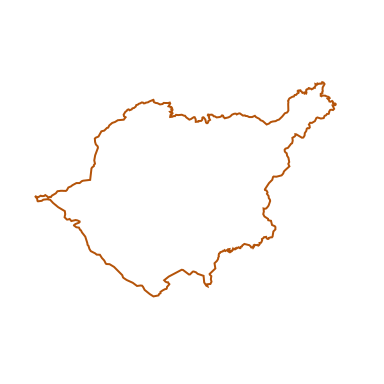 Di Linh, Lâm Đồng, Vietnam (Robinson projection), rotated 81°
{"feature_id": "81297802B8144414429904", "entity_name": "Di Linh", "entity_type": "district", "adm_level": 2, "iso_a3": "VNM", "parent_name": "Vietnam", "parent_adm1": "Lâm Đồng", "projection": "robinson", "projection_center": [108.032, 11.519], "detail": "fine", "context": "isolated", "style": "outline", "palette": "amber", "viewbox_px": 384, "rotation_deg": 81, "n_neighbors": 0, "source": "geoboundaries", "source_scale": "gbopen_adm2", "svg_char_len": 6012}
<svg xmlns="http://www.w3.org/2000/svg" viewBox="0 0 384 384"><g transform="rotate(81 192 192)"><path d="M287.6,191.4L285.5,191.6L285.7,188.2L283.7,186.8L281.1,187.0L278.1,186.1L276.3,187.4L275.7,187.4L271.2,180.9L265.9,180.9L263.9,178.1L262.2,176.7L261.0,176.4L259.7,175.5L258.8,175.6L257.1,175.0L256.6,173.9L255.9,173.5L255.4,170.7L254.9,170.3L255.1,169.4L254.6,168.9L255.5,168.2L254.9,166.8L255.1,165.5L254.2,165.3L254.2,164.0L254.8,164.3L255.4,163.9L255.4,164.8L256.3,165.5L256.9,164.7L256.7,163.9L257.3,164.3L257.5,164.0L256.5,161.7L254.5,160.4L255.3,160.1L254.7,158.5L255.2,158.8L255.4,158.5L253.9,154.7L254.9,153.7L255.0,153.0L253.8,152.5L253.6,151.2L252.7,150.7L251.5,148.4L253.5,143.7L254.7,142.7L256.0,142.2L256.2,141.6L255.7,140.5L256.6,140.3L255.5,139.2L254.3,139.4L253.9,138.7L254.5,137.1L254.5,135.5L255.3,135.0L255.0,134.2L254.1,133.3L252.9,133.3L252.9,131.8L252.5,131.4L250.8,130.3L249.4,130.3L248.6,128.5L247.9,128.0L247.9,125.8L249.5,125.5L250.3,124.4L250.2,123.7L249.4,123.3L249.1,121.4L249.3,120.2L248.6,119.4L243.7,117.8L242.0,115.5L239.7,115.1L238.7,115.6L237.1,118.1L232.8,118.5L231.8,121.1L230.4,121.1L227.5,124.3L225.0,125.1L222.6,124.1L219.5,123.9L220.0,122.8L219.8,121.2L218.6,119.7L217.4,118.5L213.1,116.2L211.6,116.3L210.1,117.1L207.9,117.0L205.5,118.3L204.4,117.5L203.7,117.6L202.2,118.2L201.4,119.6L200.8,119.6L195.2,114.5L192.5,110.8L190.0,109.7L189.5,109.0L190.1,106.2L189.6,100.9L188.0,99.0L186.6,98.3L185.5,97.3L181.9,91.8L179.3,92.5L177.6,91.3L173.3,91.4L171.0,92.4L168.6,92.4L167.3,93.6L166.3,94.0L164.8,93.9L163.8,92.9L163.4,90.3L159.9,86.6L159.5,85.5L157.1,84.5L154.2,84.4L153.2,81.9L152.4,81.0L151.1,80.9L151.4,79.9L155.6,74.9L155.6,73.5L153.9,72.0L151.5,71.4L149.6,69.6L147.4,68.7L147.0,67.8L147.4,66.6L146.7,65.6L144.9,65.5L143.7,66.0L142.1,64.5L142.5,62.7L141.2,59.5L138.4,57.6L138.0,56.5L139.6,53.2L139.6,50.4L137.5,49.1L137.2,47.6L136.0,46.4L136.2,44.8L135.0,44.1L134.1,44.0L132.6,42.7L132.5,41.6L133.1,39.9L132.1,38.6L128.5,39.6L128.6,37.0L128.2,36.4L127.6,36.3L126.9,36.9L126.5,38.8L124.7,38.8L124.0,39.4L124.5,41.1L124.1,42.1L122.5,42.4L121.1,43.4L120.8,41.4L120.2,41.5L119.1,42.8L118.8,44.0L117.8,45.1L117.1,48.0L117.7,49.1L117.2,49.8L115.2,49.5L114.6,47.7L113.5,47.7L112.7,47.0L111.5,47.1L109.2,46.6L106.1,44.2L104.5,45.0L103.9,46.2L105.3,46.9L104.9,47.6L105.2,48.6L104.8,49.4L105.1,50.6L104.5,51.2L105.5,51.9L104.7,53.2L106.3,53.2L107.5,54.3L108.3,54.4L108.1,55.5L108.7,56.0L109.3,57.8L108.5,58.5L108.4,59.6L107.8,59.9L107.6,60.5L108.6,61.6L108.6,62.7L109.2,63.3L110.4,63.4L111.1,63.9L111.6,63.4L112.6,63.8L112.2,64.6L112.4,65.4L111.3,65.5L111.4,67.4L110.0,68.0L109.4,68.8L108.5,69.0L108.4,71.3L108.8,71.8L110.1,71.0L110.9,71.4L111.1,72.6L112.3,73.8L112.3,75.4L113.6,76.5L113.6,77.9L114.8,81.1L115.7,82.0L116.4,82.2L117.1,82.9L118.2,82.7L120.0,83.2L126.7,84.1L128.3,85.5L128.8,88.0L131.6,91.1L134.1,94.7L134.4,96.6L135.1,98.3L135.0,101.2L135.3,103.4L136.4,105.1L137.0,107.7L133.0,111.0L131.8,113.1L130.3,114.0L128.1,117.0L126.6,118.0L127.4,121.0L126.9,123.8L125.7,125.5L125.2,127.3L124.6,127.8L124.5,129.7L121.8,132.5L121.8,133.9L122.4,135.7L121.5,136.4L121.3,138.0L121.9,140.4L123.3,142.3L124.0,144.4L124.3,148.0L123.7,148.2L123.3,149.1L121.5,149.4L121.0,150.3L121.9,151.4L122.3,152.9L122.2,156.0L120.8,157.7L120.6,158.7L119.7,159.1L119.4,159.8L118.7,160.3L118.5,162.7L118.0,163.9L118.6,164.4L119.0,164.3L119.4,163.5L120.6,163.3L121.3,163.7L123.6,162.9L124.5,164.8L125.5,165.1L126.4,165.9L126.4,166.5L125.6,167.3L122.5,167.5L120.3,168.7L119.9,169.3L120.2,170.1L122.3,170.6L123.2,171.8L122.9,174.5L123.5,174.7L123.3,177.3L120.7,177.0L118.5,177.7L118.4,178.6L119.8,181.7L120.1,183.3L117.4,186.0L115.6,187.0L115.4,187.9L114.1,190.0L113.9,193.5L113.3,195.7L114.4,197.0L114.1,198.0L114.6,199.6L114.5,201.8L113.9,201.7L113.7,200.2L112.9,201.2L112.3,201.0L111.9,199.7L111.1,198.9L110.4,199.4L110.0,200.8L109.4,201.1L109.5,199.5L108.0,198.5L107.4,199.5L106.2,198.5L105.7,198.7L105.3,199.7L104.7,199.4L103.7,201.8L101.2,199.7L100.2,200.0L100.4,201.7L99.6,206.1L100.5,207.3L100.5,209.9L98.8,212.3L98.5,213.6L97.4,215.4L96.4,215.8L95.4,215.5L94.9,215.8L95.9,220.0L96.5,221.3L96.6,224.0L97.0,224.7L96.9,225.8L96.0,226.5L95.7,227.7L96.3,229.1L96.6,230.9L97.3,231.9L97.4,233.4L98.8,234.2L99.9,236.1L100.1,237.8L101.0,238.7L101.5,240.9L100.5,241.6L100.7,242.9L101.8,244.0L102.4,245.3L104.9,247.4L106.6,247.3L107.8,245.9L109.9,248.1L109.5,254.0L110.8,257.1L111.3,260.0L113.3,263.3L115.3,264.7L115.4,266.0L117.6,269.0L117.9,272.0L122.6,275.7L123.3,278.5L124.0,279.6L127.4,279.9L130.0,279.5L132.2,278.0L133.7,278.0L140.6,281.9L145.5,283.6L148.9,283.4L150.0,284.7L151.1,284.9L152.1,286.8L153.0,287.6L164.1,290.7L163.8,297.8L164.1,299.2L165.6,301.6L165.1,304.8L166.6,309.1L167.5,310.6L168.2,313.4L170.6,315.3L171.2,316.4L170.3,321.2L170.2,324.8L172.0,326.7L173.7,331.0L174.9,332.1L174.6,333.2L175.0,334.9L174.0,335.4L172.1,337.4L172.8,338.8L172.6,340.9L172.0,342.0L173.0,344.5L172.9,345.4L171.5,347.7L174.4,346.0L176.6,346.0L177.1,345.6L177.2,341.8L176.3,340.0L176.5,336.2L177.5,333.3L181.1,330.9L186.1,326.5L191.0,320.6L194.1,320.7L197.0,321.8L199.6,319.9L199.8,319.0L199.5,317.1L201.8,315.7L201.5,311.3L202.2,309.5L203.5,307.6L204.1,307.7L204.6,308.4L205.4,312.1L206.2,313.6L206.6,313.8L208.7,311.8L209.5,309.2L211.8,308.5L212.5,307.7L214.7,307.0L219.4,304.4L225.9,303.4L227.9,303.4L228.9,302.7L232.2,302.2L234.6,301.2L237.5,297.2L238.9,296.0L239.6,292.8L243.1,291.3L245.9,289.4L249.3,288.3L249.8,287.6L250.4,284.7L253.8,280.7L263.2,273.9L265.5,273.5L266.1,273.1L268.7,270.3L272.4,264.7L276.2,261.0L276.3,257.4L276.7,256.0L278.0,255.2L281.3,254.1L286.3,249.6L289.1,246.4L288.9,241.3L287.5,240.3L287.1,239.0L285.8,238.8L284.7,236.6L283.8,234.1L283.7,232.4L283.3,232.0L281.8,231.5L279.6,228.8L279.3,228.8L278.3,229.6L277.5,229.7L277.1,231.3L276.3,232.3L274.8,233.3L271.9,228.2L267.2,214.4L267.6,213.1L273.0,207.9L273.1,206.9L270.8,203.7L270.8,202.8L271.9,200.7L273.7,199.2L276.6,193.7L283.3,194.1L286.8,192.5L287.6,191.4Z" fill="none" stroke="#b45309" stroke-width="2"/></g></svg>